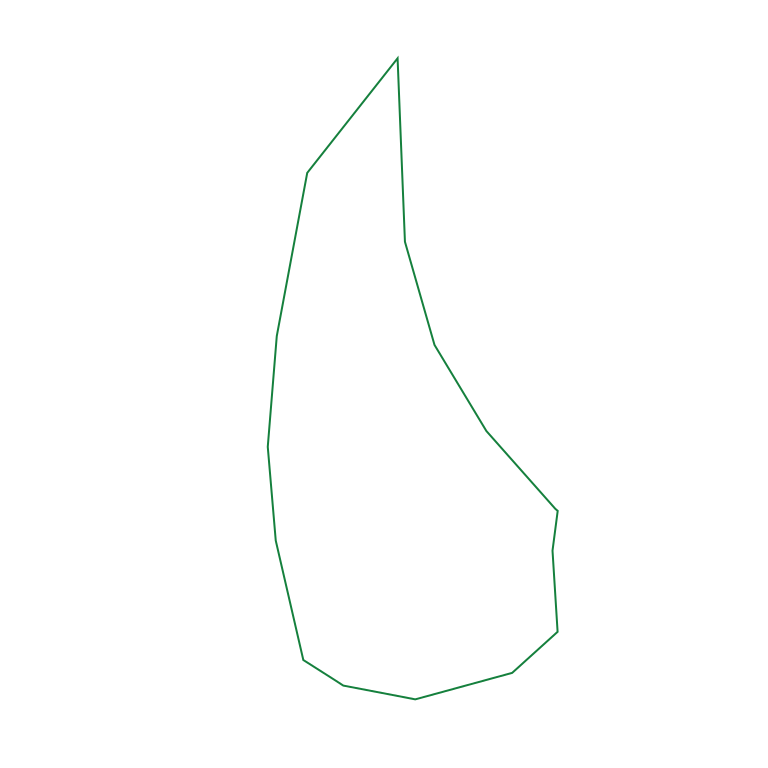 SVG path tracing the border of Bournemouth, rotated 257°
{"feature_id": "GBR-2050", "entity_name": "Bournemouth", "entity_type": "Unitary Authority", "adm_level": 1, "iso_a3": "GBR", "parent_name": "United Kingdom", "parent_adm1": "", "projection": "albers", "projection_center": [-1.88, 50.735], "detail": "fine", "context": "isolated", "style": "outline", "palette": "green", "viewbox_px": 768, "rotation_deg": 257, "n_neighbors": 0, "source": "natural_earth", "source_scale": "10m", "svg_char_len": 391}
<svg xmlns="http://www.w3.org/2000/svg" viewBox="0 0 768 768"><g transform="rotate(257 384 384)"><path d="M698.3,470.5L517.9,436.4L410.7,442.0L315.1,473.2L223.9,522.8L221.3,524.7L183.7,510.7L103.5,497.4L73.7,443.9L69.7,343.5L99.3,276.5L108.6,267.5L133.2,243.3L179.7,243.3L255.8,243.3L348.9,256.6L454.8,290.3L607.0,356.7L698.3,470.5Z" fill="none" stroke="#15803d" stroke-width="2"/></g></svg>